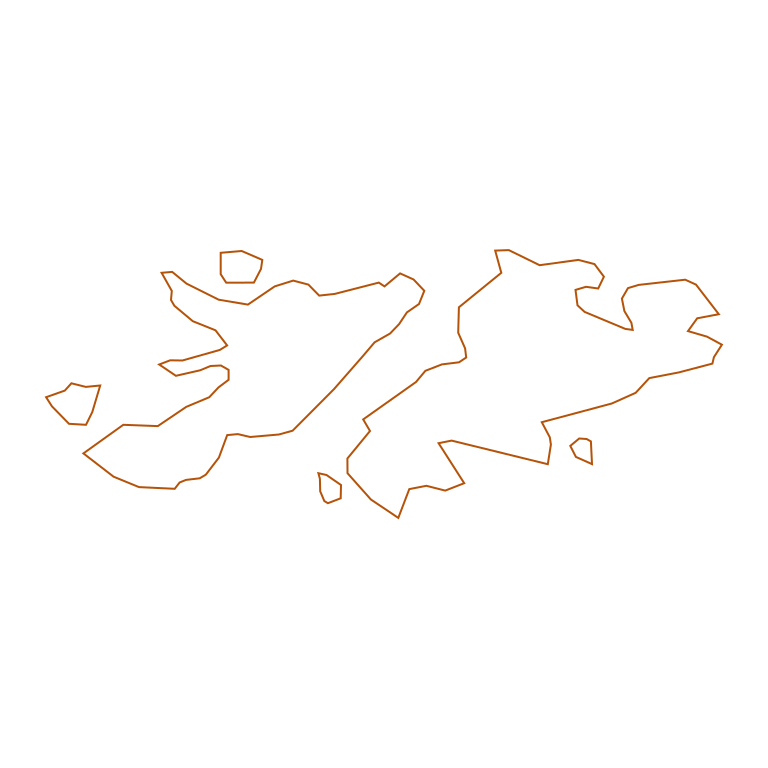 map outline of Falkland Islands (Natural Earth projection)
{"feature_id": "FLK", "entity_name": "Falkland Islands", "entity_type": "country or territory", "adm_level": 0, "iso_a3": "FLK", "parent_name": "South America", "parent_adm1": "", "projection": "natural_earth1", "projection_center": [-59.536, -51.789], "detail": "fine", "context": "isolated", "style": "outline", "palette": "amber", "viewbox_px": 768, "rotation_deg": 0, "n_neighbors": 0, "source": "natural_earth", "source_scale": "50m", "svg_char_len": 1910}
<svg xmlns="http://www.w3.org/2000/svg" viewBox="0 0 768 768"><path d="M508.8,250.1L539.6,265.2L578.3,259.9L594.5,264.1L603.9,276.7L598.2,288.5L586.0,286.8L575.5,289.9L577.5,305.3L584.6,311.9L625.3,328.9L632.7,329.9L631.4,322.8L624.4,311.1L621.9,298.6L628.0,288.1L638.7,284.9L685.2,279.7L696.0,284.6L718.8,314.2L697.2,318.3L688.0,331.1L706.9,336.6L721.9,344.7L713.9,357.2L712.4,363.6L678.9,372.4L649.3,378.1L635.7,392.8L611.8,403.5L541.8,422.2L549.8,437.3L550.9,444.5L547.8,464.2L451.6,440.6L438.6,443.2L464.2,483.2L445.2,490.6L426.4,485.8L409.3,489.1L398.3,517.9L370.9,499.5L347.5,473.2L347.4,458.5L370.0,431.0L363.2,419.4L416.0,382.0L425.4,370.8L441.9,364.4L459.0,362.3L466.2,357.5L465.1,348.4L458.2,332.7L458.9,307.3L501.3,272.8L495.2,250.6L508.8,250.1ZM218.7,299.7L247.9,304.6L274.7,286.4L293.2,280.6L308.4,284.6L319.2,295.6L334.8,293.9L378.8,282.6L384.5,286.4L400.1,273.4L413.6,279.5L424.3,290.8L419.0,304.0L406.9,312.4L399.1,324.1L390.1,333.5L374.6,342.3L362.7,356.3L334.1,389.0L292.6,430.7L278.9,434.5L250.2,437.0L237.8,434.1L227.2,435.1L218.9,457.6L205.8,474.7L199.7,478.3L186.0,479.9L179.6,482.5L174.7,488.8L139.0,487.1L113.6,476.7L83.4,453.4L123.3,424.8L157.8,426.1L186.2,406.9L209.3,397.2L218.5,387.4L228.6,379.8L228.6,369.9L220.9,365.5L210.5,366.0L200.1,370.3L175.9,375.8L159.2,364.5L170.2,360.3L182.4,360.5L219.9,349.9L227.1,345.4L215.5,330.3L192.8,321.2L174.4,305.8L171.0,300.0L171.8,290.9L161.6,272.8L172.2,271.9L186.5,283.6L218.7,299.7ZM71.4,383.3L85.8,386.9L100.2,385.5L92.3,412.0L86.0,424.8L69.0,423.8L52.0,406.4L46.1,397.2L64.8,390.6L71.4,383.3ZM253.9,282.6L226.2,282.7L220.7,274.2L220.7,252.8L241.7,251.0L262.3,259.9L261.0,268.9L253.9,282.6ZM340.7,498.3L327.9,503.2L324.3,501.0L320.2,491.3L319.9,478.8L318.4,473.2L326.5,475.0L341.0,485.0L340.7,498.3ZM590.9,441.4L592.0,464.1L575.9,456.9L570.3,445.9L579.2,438.5L586.6,439.0L590.9,441.4Z" fill="none" stroke="#b45309" stroke-width="2"/></svg>